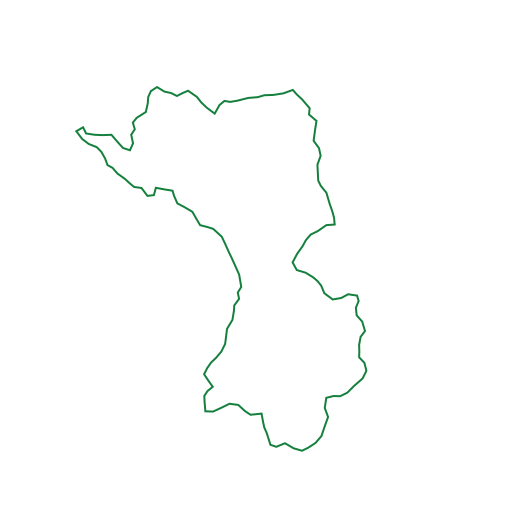 Franco da Rocha, São Paulo, Brazil (orthographic projection), rotated 244°
{"feature_id": "56859067B24689122689137", "entity_name": "Franco da Rocha", "entity_type": "district", "adm_level": 2, "iso_a3": "BRA", "parent_name": "Brazil", "parent_adm1": "São Paulo", "projection": "orthographic", "projection_center": [-46.732, -23.313], "detail": "fine", "context": "isolated", "style": "outline", "palette": "green", "viewbox_px": 512, "rotation_deg": 244, "n_neighbors": 0, "source": "geoboundaries", "source_scale": "gbopen_adm2", "svg_char_len": 2102}
<svg xmlns="http://www.w3.org/2000/svg" viewBox="0 0 512 512"><g transform="rotate(244 256 256)"><path d="M389.1,361.9L390.2,351.8L393.2,342.1L396.8,334.1L398.0,327.2L401.5,318.2L403.7,307.6L405.8,300.4L409.2,295.6L407.7,289.4L402.1,281.3L410.8,276.8L418.0,274.1L425.0,272.6L434.3,267.4L434.6,261.5L434.5,255.1L439.6,251.2L444.0,245.7L451.2,241.1L450.3,233.8L446.1,228.8L440.6,225.6L433.7,220.1L432.5,209.4L429.9,203.8L423.0,202.6L419.7,197.0L411.2,194.9L406.3,189.1L411.4,183.8L419.4,181.5L428.3,179.2L432.0,170.9L435.7,164.1L440.6,157.0L447.5,157.0L446.9,149.2L437.3,151.1L430.0,154.8L423.6,160.6L417.3,162.7L409.7,163.1L402.8,162.4L398.1,165.7L390.9,167.6L382.5,172.1L376.6,174.4L371.5,176.7L367.3,182.9L357.6,184.8L355.5,190.9L361.2,195.9L355.7,203.3L351.3,209.6L345.7,208.7L337.7,208.4L331.6,212.9L323.6,218.2L315.4,218.7L308.2,219.3L303.7,224.6L299.2,229.4L288.3,233.7L279.7,233.6L271.3,233.3L265.6,233.3L258.5,233.1L246.7,232.7L234.7,229.2L231.1,223.6L224.9,222.0L221.1,214.8L216.2,212.0L208.9,206.8L203.2,198.0L196.4,193.6L190.5,189.7L185.4,183.1L182.1,175.7L179.9,168.9L176.7,163.1L172.5,157.5L165.1,158.5L157.4,159.8L155.9,153.3L152.9,148.2L147.6,145.9L138.6,142.4L135.0,149.2L134.8,158.5L134.8,167.4L129.9,174.8L121.7,178.0L115.7,181.5L111.9,191.9L104.1,189.7L98.4,188.3L91.9,188.0L85.9,187.1L80.0,186.2L75.6,190.6L75.0,200.0L66.7,205.5L60.8,212.0L60.8,218.8L61.9,227.6L65.5,235.9L73.2,243.5L79.7,250.2L89.3,251.2L97.7,257.0L96.2,264.2L93.1,270.2L93.1,278.1L96.2,287.1L99.2,298.1L104.4,304.9L112.5,306.6L119.7,304.3L125.3,307.2L130.9,309.7L137.5,314.6L140.8,321.1L150.5,322.7L158.6,320.5L165.7,323.1L170.5,328.5L176.1,329.5L181.2,322.1L180.9,314.2L183.3,305.9L192.6,301.1L200.8,301.6L206.5,300.3L211.6,298.1L219.2,293.3L225.5,286.5L234.2,286.1L239.9,293.9L244.3,302.0L248.4,307.8L251.3,314.6L251.3,322.4L252.9,332.8L249.8,340.5L256.1,342.9L262.4,344.1L270.7,345.1L282.0,347.0L290.6,345.0L296.5,345.0L311.1,351.2L317.7,358.0L325.3,359.9L334.3,358.3L343.8,364.6L350.9,369.6L359.9,365.7L365.3,369.0L376.5,366.1L383.6,363.4L389.1,361.9Z" fill="none" stroke="#15803d" stroke-width="2"/></g></svg>